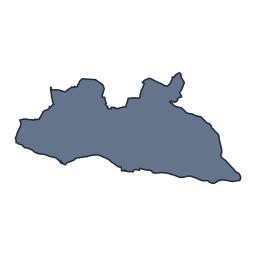 Buza, Cluj, Romania (Natural Earth projection)
{"feature_id": "2599482B62988480086143", "entity_name": "Buza", "entity_type": "district", "adm_level": 2, "iso_a3": "ROU", "parent_name": "Romania", "parent_adm1": "Cluj", "projection": "natural_earth1", "projection_center": [24.153, 46.91], "detail": "fine", "context": "isolated", "style": "filled", "palette": "slate", "viewbox_px": 256, "rotation_deg": 0, "n_neighbors": 0, "source": "geoboundaries", "source_scale": "gbopen_adm2", "svg_char_len": 5746}
<svg xmlns="http://www.w3.org/2000/svg" viewBox="0 0 256 256"><path d="M213.8,183.4L214.5,183.1L219.2,180.3L220.5,180.0L222.2,179.9L222.6,180.0L225.1,180.1L228.1,180.7L230.5,181.2L232.3,181.5L233.4,181.4L234.5,181.2L235.6,181.0L238.3,180.6L239.1,180.6L239.6,180.5L240.3,179.2L240.6,178.1L240.6,176.9L240.5,176.4L239.1,173.7L237.2,172.5L236.0,171.9L235.3,171.3L233.4,168.9L231.2,166.7L225.9,160.9L225.1,160.1L224.4,159.7L222.6,158.4L221.8,157.6L221.3,156.9L221.1,156.4L220.8,155.8L220.8,155.4L220.9,155.0L221.4,154.0L221.7,152.9L221.7,149.9L221.5,148.6L221.0,146.6L220.8,145.5L220.3,144.2L219.9,141.9L219.5,140.8L219.4,139.7L219.2,138.9L218.9,136.3L218.7,135.6L218.5,135.1L218.3,134.7L217.2,133.2L216.9,132.9L215.6,132.0L215.3,131.7L214.3,130.5L213.7,129.9L213.2,129.0L211.7,127.9L211.2,127.5L211.1,127.2L211.2,126.8L211.4,126.4L211.4,126.2L210.9,125.3L209.7,124.2L209.5,123.8L209.1,123.5L208.5,123.5L207.6,123.2L206.7,122.6L205.7,121.6L205.2,121.1L204.1,120.1L203.4,119.3L201.8,117.6L201.2,117.1L200.9,116.9L200.0,116.6L198.4,116.3L196.4,115.9L194.5,115.1L192.4,114.0L189.6,113.6L186.9,113.0L185.9,112.2L184.5,110.7L181.7,108.1L181.3,107.8L179.1,107.3L177.4,107.0L175.6,106.5L175.0,106.2L174.2,105.5L173.1,104.8L172.7,104.3L172.5,103.8L172.2,103.5L170.9,102.9L169.8,102.2L169.6,102.0L169.6,101.7L169.8,101.4L170.4,101.1L171.0,101.1L171.3,101.1L173.2,102.0L174.2,102.2L174.7,102.2L176.1,101.8L177.0,101.0L177.8,99.8L177.8,99.6L177.5,98.7L178.8,97.8L179.1,97.5L180.6,97.4L181.6,96.8L181.3,95.6L180.4,94.4L179.8,93.2L179.6,92.5L182.0,89.0L182.2,88.0L182.6,87.3L183.2,85.7L184.1,83.1L184.2,82.4L183.9,81.6L181.8,78.4L181.2,77.2L181.1,76.7L181.1,75.8L181.0,74.5L179.6,72.6L176.0,74.6L174.8,75.8L174.4,76.4L174.4,76.5L174.5,76.9L174.2,77.4L172.3,77.0L172.2,77.3L172.3,78.4L172.1,79.1L171.7,80.0L171.3,80.6L170.6,82.7L170.2,83.5L169.0,84.5L168.2,85.4L167.1,86.3L165.3,85.7L165.0,85.7L164.4,85.5L163.4,84.9L161.4,83.9L161.4,83.6L161.2,83.5L160.8,83.5L158.7,82.6L155.5,81.2L154.8,80.7L153.8,80.2L150.2,78.5L149.4,78.3L148.1,78.7L146.9,79.2L145.3,79.9L144.5,80.3L143.9,80.8L142.3,82.4L142.4,82.5L144.3,83.6L143.6,85.0L142.7,87.7L142.0,89.3L141.5,90.1L141.3,90.1L140.9,92.2L140.5,93.3L140.1,95.7L139.5,98.1L134.3,97.9L132.5,97.9L128.1,98.4L128.0,99.4L127.7,100.5L125.9,105.9L125.6,107.0L123.8,106.9L122.7,107.1L116.7,108.8L116.4,108.8L116.3,108.3L116.2,108.3L115.2,108.2L114.8,108.3L114.7,108.2L114.8,107.6L114.7,107.5L114.1,107.5L112.4,107.3L111.2,107.3L111.0,109.0L109.9,109.0L108.8,108.5L107.9,108.3L107.4,108.1L107.6,107.6L107.8,106.6L107.4,106.2L106.0,105.2L105.3,104.4L106.3,103.5L106.0,102.8L105.0,99.2L104.6,97.3L104.0,97.3L102.7,97.5L102.2,96.2L102.4,94.9L104.2,88.9L104.1,88.3L102.9,85.1L102.3,84.3L96.6,80.5L96.2,80.2L95.7,79.7L95.3,79.7L92.3,79.4L90.8,79.4L82.8,78.8L82.6,78.8L82.2,78.9L81.8,79.4L80.7,80.1L79.4,81.8L79.0,82.8L78.9,83.2L78.8,83.7L77.7,84.7L77.6,84.9L77.6,86.0L77.1,87.1L74.5,86.5L74.1,87.5L73.6,87.3L71.6,87.0L71.6,87.3L71.4,87.6L68.8,89.0L65.0,92.0L64.7,92.0L63.1,91.3L61.8,90.8L59.8,90.3L57.7,89.9L56.0,89.8L53.5,89.8L52.8,89.8L51.9,90.0L51.5,89.3L51.2,88.8L51.2,88.2L51.2,87.9L51.1,87.3L50.6,87.3L50.6,89.2L51.0,92.1L51.4,94.3L51.5,95.1L51.4,95.9L52.0,98.1L52.4,100.1L52.7,102.1L53.3,103.5L53.6,104.4L53.3,104.5L52.6,104.9L51.3,106.1L50.1,107.1L50.0,107.3L49.4,106.7L49.3,107.2L49.3,107.4L49.6,108.0L48.9,108.6L47.5,109.7L46.8,110.0L45.6,110.2L44.8,110.4L43.6,111.4L43.1,112.0L42.7,112.6L42.2,113.7L42.1,114.0L41.8,114.3L41.4,115.1L39.5,118.4L39.3,118.7L39.3,119.0L39.1,119.1L38.5,119.3L37.1,119.4L35.0,119.3L34.9,119.9L34.1,119.9L33.4,119.9L33.2,120.0L32.8,120.2L32.6,120.2L32.3,119.8L31.3,119.8L30.5,119.7L29.4,119.6L28.1,119.6L27.4,119.5L26.5,119.1L25.3,119.1L23.2,119.2L22.1,119.5L19.8,120.0L20.6,122.3L20.8,122.8L20.9,123.5L20.8,124.8L20.7,125.6L20.4,126.4L18.8,129.5L17.7,131.7L17.3,132.9L17.2,133.2L16.6,135.2L16.7,135.4L16.5,135.9L16.1,136.5L16.0,136.9L15.7,137.4L15.4,138.3L15.5,138.5L15.8,138.8L16.0,140.0L16.1,142.6L17.7,143.1L18.6,143.6L18.9,144.0L19.1,144.2L19.4,144.3L20.7,144.4L22.0,144.9L22.4,145.3L22.9,146.1L23.4,146.5L24.1,147.2L24.5,147.6L25.5,148.0L27.0,147.9L28.9,148.1L29.3,148.9L30.3,149.2L31.5,149.7L32.6,150.4L35.1,152.5L37.3,153.3L39.2,153.8L39.9,153.9L41.8,154.2L42.6,154.2L44.1,154.3L45.3,154.7L46.8,155.2L49.7,156.5L51.9,156.8L52.8,157.0L53.9,157.2L56.2,158.1L57.1,158.9L58.8,160.3L60.9,162.9L61.2,163.1L61.1,162.4L61.1,161.7L61.2,161.4L61.8,162.6L62.1,162.8L63.0,163.7L64.3,164.4L65.5,164.8L65.8,164.1L66.5,163.4L67.4,162.6L68.3,162.2L70.9,161.5L71.9,160.9L73.8,160.2L74.6,159.3L75.5,158.7L76.7,158.2L77.3,157.8L77.9,157.7L78.9,157.8L79.5,157.7L80.5,157.4L81.3,157.3L82.6,157.3L84.5,156.7L85.2,156.6L86.0,156.6L86.8,156.8L87.8,156.3L89.1,156.0L90.2,155.5L90.8,155.4L92.4,155.3L94.8,154.9L97.7,154.9L98.8,155.1L100.2,155.5L101.6,156.3L103.2,157.0L105.0,157.6L106.6,158.4L108.2,159.3L109.7,160.3L110.6,161.4L114.1,163.7L114.7,164.2L115.0,164.3L116.9,165.8L117.9,166.5L119.1,167.0L119.7,167.1L121.2,167.0L121.6,170.8L122.8,170.7L124.4,171.0L124.9,171.1L125.0,170.2L125.4,170.2L125.5,170.5L125.6,170.8L127.3,171.4L128.3,171.7L128.9,171.7L131.0,171.6L133.2,171.8L133.3,171.3L133.7,170.6L134.2,170.0L135.0,169.5L139.4,170.2L139.7,168.3L146.0,170.0L148.2,170.1L149.9,170.3L150.8,170.6L151.5,170.9L151.7,171.1L152.1,171.8L152.8,172.5L153.5,172.8L154.0,173.0L155.3,173.1L155.8,173.1L160.7,172.7L162.5,172.6L165.1,173.0L166.3,173.0L167.7,173.4L168.6,173.5L171.0,174.4L172.6,174.7L173.9,175.0L176.8,176.2L179.3,177.1L180.4,177.4L181.7,177.4L184.2,177.0L187.1,176.3L189.3,176.1L190.0,176.1L191.3,176.4L196.7,178.2L199.5,179.7L202.8,180.7L203.9,180.8L206.6,180.6L207.1,180.6L207.9,180.9L208.4,181.3L210.0,182.5L211.6,183.0L213.4,183.4L213.8,183.4Z" fill="#64748b" stroke="#1e293b" stroke-width="1.5"/></svg>